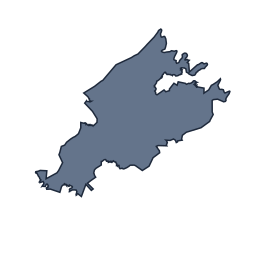 the district of Tepecoacuilco de Trujano, Guerrero, Mexico, rotated 222°
{"feature_id": "50627088B4261822840541", "entity_name": "Tepecoacuilco de Trujano", "entity_type": "district", "adm_level": 2, "iso_a3": "MEX", "parent_name": "Mexico", "parent_adm1": "Guerrero", "projection": "equal_earth", "projection_center": [-99.467, 18.127], "detail": "fine", "context": "isolated", "style": "filled", "palette": "slate", "viewbox_px": 256, "rotation_deg": 222, "n_neighbors": 0, "source": "geoboundaries", "source_scale": "gbopen_adm2", "svg_char_len": 5915}
<svg xmlns="http://www.w3.org/2000/svg" viewBox="0 0 256 256"><g transform="rotate(222 128 128)"><path d="M73.4,213.0L73.8,214.4L74.4,214.6L74.9,215.4L75.4,217.6L75.8,221.1L76.7,223.3L77.1,223.4L77.4,223.1L79.3,219.0L79.7,218.8L80.8,219.1L82.7,220.2L84.0,219.6L85.4,218.3L86.2,218.1L89.6,219.7L90.0,220.4L91.2,224.9L91.6,225.9L92.3,226.4L92.6,222.2L94.0,217.0L94.6,215.5L93.5,210.3L94.9,204.7L98.2,208.5L103.4,205.3L104.2,204.4L104.5,205.1L105.2,204.7L105.6,205.7L106.4,204.0L106.4,204.9L106.7,204.6L107.5,204.6L107.1,205.0L107.2,206.2L108.1,206.1L107.8,206.5L108.1,206.8L107.6,207.3L107.3,208.0L107.8,207.7L108.1,207.9L109.1,207.7L109.6,207.9L110.1,207.7L110.9,206.8L110.9,206.2L110.7,205.2L111.0,204.7L111.0,204.0L112.0,202.2L112.7,202.0L113.8,199.6L115.2,199.6L121.6,195.9L120.1,192.6L123.8,192.0L123.3,184.7L122.2,183.5L124.2,180.2L126.7,180.4L128.6,172.2L128.9,172.0L130.1,171.9L130.7,172.2L131.3,173.0L132.9,173.3L132.8,174.7L133.3,175.9L133.7,175.9L134.9,176.6L135.3,176.6L135.9,176.2L136.8,177.1L136.6,178.1L136.8,178.4L136.8,179.1L137.0,179.8L137.0,180.5L138.0,182.1L137.6,182.7L137.2,184.6L137.0,186.7L137.3,188.2L136.6,188.0L136.8,189.1L137.7,189.9L137.9,190.6L137.9,191.0L137.7,191.3L137.9,191.5L138.0,193.5L137.8,194.3L137.1,194.5L136.5,194.0L134.7,193.9L134.3,194.7L133.2,195.2L132.5,196.1L131.6,196.1L130.6,196.8L130.1,196.7L130.3,197.6L130.1,197.9L129.1,198.7L128.7,198.8L127.3,198.6L126.5,199.5L125.9,200.4L125.3,202.2L124.8,202.7L124.4,203.6L124.7,203.9L124.3,204.1L124.7,204.6L125.0,205.5L125.3,205.9L125.7,205.9L125.7,206.1L126.1,206.3L126.3,206.7L126.6,206.7L126.6,207.1L127.1,206.8L127.1,207.2L127.8,206.7L127.8,207.1L128.2,207.3L128.0,207.6L128.2,208.1L128.8,207.9L128.6,208.5L128.1,209.0L127.6,209.2L126.3,210.3L124.6,210.7L122.0,208.6L119.8,209.1L118.9,208.9L115.4,209.9L113.8,212.0L114.1,214.2L114.4,214.5L114.5,215.2L113.9,216.4L114.2,217.5L113.4,219.5L113.3,220.5L113.1,221.0L112.5,222.0L111.0,223.4L111.3,224.8L111.2,227.6L111.5,228.4L112.4,228.9L113.1,228.7L114.4,226.6L114.8,226.4L116.3,226.4L116.9,226.0L117.2,225.5L118.1,222.2L118.7,221.4L119.9,210.7L126.1,216.6L127.7,216.2L127.8,219.3L129.4,218.4L129.9,218.5L130.7,217.1L131.3,216.8L131.9,218.7L131.8,219.6L132.1,221.1L132.3,221.5L132.7,221.9L133.6,222.3L134.6,222.4L135.8,221.8L136.2,221.2L136.5,220.4L136.8,218.8L136.7,218.6L135.2,217.3L134.7,216.4L134.8,213.4L134.7,212.4L134.3,211.8L134.1,211.2L134.4,209.7L135.2,208.6L136.5,209.2L137.3,210.3L139.2,209.5L139.8,209.6L140.4,210.4L141.2,212.2L142.4,216.7L143.0,217.8L143.5,218.0L144.0,217.7L144.9,216.1L147.4,214.5L147.9,212.8L150.3,210.1L151.3,208.6L152.6,207.7L154.0,207.3L154.5,207.4L154.7,207.7L154.6,208.8L153.4,211.3L154.2,213.2L156.1,216.6L159.5,219.5L161.8,220.5L162.5,220.3L163.4,218.5L163.9,218.0L164.4,217.9L166.2,219.1L167.0,220.0L167.6,221.8L168.3,223.1L169.1,223.6L169.9,223.4L170.0,222.7L170.4,221.7L170.4,220.3L170.0,219.3L169.4,213.0L169.7,203.3L169.7,199.5L170.1,189.6L171.7,185.9L172.6,182.6L179.2,167.0L178.6,146.5L179.3,144.7L180.7,136.6L184.3,124.4L178.7,124.4L176.8,123.8L176.4,123.9L176.3,123.5L174.1,122.7L173.7,122.7L173.2,123.2L173.4,122.5L173.9,121.8L175.3,121.2L176.8,119.8L177.0,120.0L176.8,117.5L165.5,116.6L157.1,114.2L154.8,111.4L155.1,107.1L155.7,106.5L155.6,106.3L156.0,106.4L156.0,105.9L157.0,105.4L157.3,105.4L157.4,105.6L157.6,105.4L157.5,105.0L157.9,104.4L158.4,104.3L158.7,105.0L159.0,104.7L158.7,104.5L158.9,104.1L158.9,103.8L159.4,104.0L159.4,103.6L160.2,103.1L161.2,103.4L161.1,103.9L161.4,103.3L161.8,103.1L161.8,102.7L162.4,103.2L162.8,102.9L162.7,103.3L163.3,103.2L164.3,101.8L166.8,100.5L163.2,96.5L161.0,90.7L161.4,87.6L161.6,86.8L161.5,86.6L162.4,84.5L163.2,81.6L164.1,76.3L163.6,72.9L165.2,69.7L162.4,64.4L161.4,61.9L153.4,58.5L151.1,50.0L150.8,47.1L154.9,35.5L159.7,41.9L164.9,37.7L165.8,35.8L167.2,34.0L167.3,33.8L166.8,33.0L166.2,32.9L166.0,33.1L165.9,33.3L165.7,33.2L165.3,33.5L165.0,33.2L164.6,33.2L162.5,32.3L160.7,32.0L159.7,31.3L158.0,31.1L158.2,30.5L157.9,29.9L158.0,29.3L157.8,28.7L157.5,29.0L156.9,28.5L155.3,31.4L154.0,31.0L153.1,30.0L153.1,28.5L152.8,27.1L152.5,27.7L151.2,28.4L150.4,29.4L151.0,31.4L150.7,32.1L150.1,32.3L149.1,31.8L148.5,31.7L148.3,30.8L147.9,30.7L148.6,28.8L147.4,28.1L144.9,30.6L135.6,34.6L138.1,39.8L138.3,41.4L138.0,42.4L137.6,42.8L138.2,44.0L137.8,43.7L137.8,43.9L137.4,43.7L137.3,43.8L137.1,43.5L136.7,44.2L135.1,44.0L135.8,44.7L133.1,45.0L132.7,45.6L132.8,46.0L132.8,46.3L133.3,46.2L133.4,46.4L130.6,47.2L130.0,47.1L129.6,46.1L130.0,45.0L130.5,44.4L130.4,43.3L130.2,42.9L129.9,42.8L129.2,42.1L129.0,41.5L128.8,41.7L128.9,42.1L128.7,42.8L128.5,43.1L128.0,44.6L126.1,46.4L124.9,47.2L123.4,46.5L122.1,43.9L121.5,43.4L121.4,43.8L121.6,43.8L121.5,44.2L121.6,44.6L121.6,45.2L121.3,45.6L116.8,45.9L121.6,57.9L113.5,57.1L113.1,59.4L121.2,59.8L120.4,64.2L119.1,69.8L121.0,70.3L122.9,71.5L123.3,71.5L124.9,74.5L124.8,76.8L123.1,82.6L125.5,85.3L124.9,85.9L124.6,88.1L124.0,89.2L123.4,89.6L122.9,89.3L122.2,89.3L121.8,89.0L121.5,89.4L121.3,89.3L120.4,90.1L119.6,89.3L119.2,89.9L119.3,90.6L118.5,90.8L118.5,91.6L117.7,91.3L117.2,91.5L117.6,92.2L117.6,92.6L117.3,92.8L116.9,92.5L116.8,93.6L116.6,93.5L116.4,93.8L116.2,93.7L114.2,94.2L114.2,94.4L113.1,93.9L112.3,93.8L111.9,92.9L111.6,92.6L111.5,93.1L111.0,93.2L110.9,92.7L110.4,92.7L110.6,93.0L109.9,93.6L109.8,94.1L109.3,93.9L109.3,93.7L108.2,92.8L106.7,92.4L105.4,94.2L104.4,94.3L103.7,94.8L102.4,97.6L101.7,100.1L101.5,101.8L98.6,104.5L97.3,105.0L88.9,106.0L86.8,113.7L89.5,122.7L87.9,130.8L89.5,132.1L92.5,132.7L93.2,133.1L93.5,132.9L94.7,133.3L93.9,135.1L87.3,140.7L88.1,140.9L88.1,141.4L88.8,142.6L88.8,143.1L89.2,143.3L89.3,143.7L90.1,143.8L90.4,144.4L91.6,144.4L88.4,146.9L86.8,150.3L84.5,150.6L82.4,149.5L81.9,150.8L82.4,151.8L79.6,155.2L80.7,155.6L82.7,159.0L81.8,163.9L73.9,177.1L71.7,187.5L72.2,188.8L73.7,195.0L76.1,196.2L83.9,204.8L83.5,206.3L80.7,209.4L74.4,211.5L73.4,213.0Z" fill="#64748b" stroke="#1e293b" stroke-width="1.5"/></g></svg>